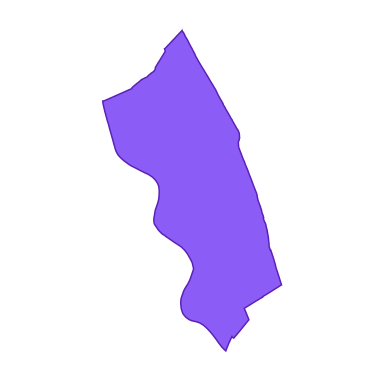 Lopik, Utrecht, Netherlands, rotated 84°
{"feature_id": "6326949B97795105718991", "entity_name": "Lopik", "entity_type": "district", "adm_level": 2, "iso_a3": "NLD", "parent_name": "Netherlands", "parent_adm1": "Utrecht", "projection": "natural_earth1", "projection_center": [4.939, 51.982], "detail": "fine", "context": "isolated", "style": "filled", "palette": "violet", "viewbox_px": 384, "rotation_deg": 84, "n_neighbors": 0, "source": "geoboundaries", "source_scale": "gbopen_adm2", "svg_char_len": 5621}
<svg xmlns="http://www.w3.org/2000/svg" viewBox="0 0 384 384"><g transform="rotate(84 192 192)"><path d="M92.2,271.3L95.0,271.2L97.9,270.9L102.5,270.3L107.6,269.5L112.7,268.7L115.2,268.1L120.7,267.3L124.6,266.6L129.9,265.7L132.7,265.2L135.6,264.8L142.7,263.5L143.4,263.3L145.5,262.5L146.8,262.0L147.1,261.8L149.1,260.5L150.7,259.2L152.2,257.9L153.8,256.4L155.2,254.9L158.2,251.6L159.4,250.1L162.6,245.1L165.5,240.8L166.2,239.6L168.0,236.9L169.1,235.0L169.7,233.9L171.1,232.1L172.5,230.4L174.1,228.9L175.9,227.5L177.8,226.3L179.9,225.3L182.4,224.6L184.8,224.4L187.4,224.5L189.9,224.8L192.5,225.2L195.0,225.7L197.5,226.5L199.1,227.1L200.0,227.5L201.9,228.4L204.7,229.7L205.6,230.2L206.9,230.6L211.9,232.0L213.9,232.6L215.9,232.9L218.0,233.0L220.0,232.7L220.7,232.4L223.9,230.7L226.2,229.5L228.2,228.0L230.3,226.3L231.3,225.3L231.9,224.1L232.6,223.5L233.0,223.2L233.9,222.2L238.5,216.8L239.0,216.2L239.6,215.5L240.0,215.1L245.1,208.8L246.6,207.4L248.1,206.2L248.6,205.8L250.2,204.7L253.5,202.8L257.9,200.9L262.3,199.2L267.2,198.6L268.1,198.5L269.3,198.7L275.8,201.7L279.3,203.4L282.9,205.7L286.0,208.2L286.2,208.3L287.8,209.5L290.1,210.9L293.8,212.6L296.6,213.9L300.1,214.7L303.5,214.9L305.6,214.9L307.0,214.9L308.7,214.5L310.4,214.2L311.5,213.9L313.2,213.1L316.1,211.0L318.4,208.5L319.9,205.9L320.7,203.6L321.5,201.2L323.0,198.0L325.6,194.6L328.6,191.8L332.5,188.8L336.2,186.3L340.3,183.8L344.8,181.3L348.9,178.8L352.2,176.3L353.6,175.0L351.5,173.9L351.3,173.9L349.5,172.9L345.3,170.7L345.2,170.5L341.7,168.5L340.0,167.4L340.3,167.3L340.8,166.9L341.3,166.3L341.7,165.7L341.3,165.3L340.8,164.8L339.8,163.8L338.9,162.8L337.2,161.1L337.0,160.8L334.7,158.5L334.3,158.1L333.2,157.0L331.9,155.7L331.2,155.0L326.6,150.4L325.5,149.2L325.3,149.0L325.1,148.9L324.9,148.8L321.3,149.8L315.4,151.5L313.4,152.1L313.1,152.1L311.5,148.7L311.1,148.0L310.7,147.0L310.6,146.9L310.3,146.2L308.8,143.2L308.2,142.0L307.4,140.3L306.9,139.3L306.7,138.8L306.1,137.4L305.6,136.5L304.9,135.0L304.6,134.2L304.4,133.8L304.3,133.5L304.2,133.5L304.2,133.4L304.0,133.0L303.9,133.0L303.7,132.7L303.8,132.6L303.6,132.3L303.4,132.3L302.8,131.4L302.5,130.6L300.1,125.6L296.9,119.2L295.4,116.0L293.7,112.8L293.7,112.7L285.3,114.4L280.0,115.5L276.8,116.2L273.6,116.8L273.5,116.6L268.6,117.5L267.4,117.7L267.0,117.8L266.5,117.9L264.9,118.2L263.3,118.6L260.9,119.1L260.0,119.3L259.5,119.4L258.0,119.8L258.2,120.1L257.2,120.4L256.7,120.5L253.9,121.0L253.5,121.0L252.8,120.9L251.4,120.8L250.6,120.8L248.1,120.9L245.6,120.8L245.0,120.8L244.8,120.8L243.8,120.9L243.5,120.9L243.4,120.9L242.4,121.0L241.9,121.1L240.6,121.1L239.6,121.2L239.6,121.3L237.9,121.2L237.7,121.3L234.6,121.8L233.2,121.9L232.8,121.9L231.1,122.2L228.6,123.1L227.9,123.3L226.8,123.6L226.4,123.6L225.5,123.8L225.4,123.6L225.2,123.4L224.8,123.4L224.7,123.5L224.2,123.6L223.8,123.6L223.5,123.6L222.8,123.8L222.5,123.9L221.8,124.0L220.5,124.4L219.1,124.7L218.7,124.7L217.6,124.7L217.3,124.8L216.8,124.9L212.9,125.7L211.5,126.1L207.6,127.1L207.0,127.2L205.4,127.4L205.1,127.4L204.6,127.5L203.1,127.6L202.9,127.6L201.3,127.7L199.7,128.0L198.7,128.3L197.3,128.7L191.5,130.3L190.5,130.5L189.4,130.8L188.0,131.2L186.8,131.5L185.9,131.7L181.6,132.9L180.1,133.3L179.6,133.4L178.5,133.7L178.2,133.8L177.1,134.0L175.5,134.5L174.3,134.8L174.1,134.9L173.4,135.1L172.2,135.5L169.3,136.3L167.8,136.6L166.3,137.1L165.5,137.4L164.5,137.7L164.3,137.7L161.6,138.5L159.0,139.1L158.5,139.3L157.7,139.5L157.1,139.7L156.9,139.7L155.2,140.2L154.0,140.4L153.1,140.7L152.6,140.8L151.7,141.0L150.7,140.8L149.9,140.8L148.6,140.8L148.1,140.7L147.8,140.8L147.5,140.7L147.0,140.6L146.8,140.5L146.5,140.4L146.3,140.2L145.7,139.9L145.3,139.7L144.8,139.5L144.4,139.5L143.5,139.1L143.3,139.0L143.0,139.0L142.4,139.0L141.9,139.0L140.9,138.9L138.7,138.9L138.1,139.0L137.4,139.1L137.2,139.2L136.1,139.5L135.6,139.7L135.3,139.9L135.1,139.9L134.6,140.3L134.3,140.4L134.0,140.5L133.8,140.7L133.4,140.8L132.7,141.2L132.3,141.3L131.3,141.7L131.0,141.9L130.8,142.0L128.0,143.2L125.8,144.1L125.7,144.2L125.6,144.3L125.4,144.4L124.7,144.5L124.2,144.7L123.7,144.9L123.0,145.5L122.9,145.5L122.0,145.8L121.7,145.9L120.7,146.3L119.2,147.0L116.6,148.1L112.6,150.0L112.3,150.0L110.9,150.6L109.6,151.2L108.6,151.7L108.2,151.8L107.4,152.1L107.0,152.2L106.9,152.2L106.7,152.3L106.7,152.2L106.5,152.3L105.5,152.7L103.1,153.8L100.8,154.8L98.4,155.8L96.8,156.4L93.5,157.5L93.0,157.7L91.1,158.6L90.4,158.9L88.5,159.8L86.5,160.7L85.7,161.1L84.7,161.6L83.9,162.0L83.0,162.4L82.0,162.8L79.4,164.0L74.5,166.3L70.7,168.1L69.3,168.8L68.4,169.2L66.7,170.0L62.3,172.0L61.2,172.5L60.4,172.8L60.0,173.0L59.4,173.2L59.0,173.4L58.7,173.5L57.5,174.1L57.1,174.2L56.2,174.5L55.3,174.7L55.2,174.7L54.4,175.1L53.2,175.5L52.3,175.9L51.1,176.4L50.6,176.6L48.6,177.3L47.6,177.8L44.7,179.0L40.1,180.7L39.2,181.1L36.4,182.5L36.0,182.7L35.7,182.6L34.1,183.2L32.4,183.9L32.2,183.9L32.1,184.1L31.9,184.4L31.9,184.5L31.1,184.7L30.9,184.8L30.5,185.1L30.4,185.1L30.5,185.2L32.1,187.1L32.7,187.8L34.5,189.9L35.5,191.1L36.7,192.4L38.2,194.1L38.8,194.9L43.0,199.7L43.7,200.6L45.9,203.1L46.1,203.4L46.3,203.7L46.5,203.9L46.6,204.0L46.7,204.4L49.0,203.9L49.3,204.0L49.5,204.1L50.1,204.5L51.4,205.5L58.3,210.8L60.1,212.3L61.1,213.0L62.3,213.9L63.5,214.8L64.0,215.2L64.3,215.4L64.8,215.5L66.2,215.8L66.3,215.8L66.8,216.2L67.8,217.2L68.2,217.4L68.2,217.7L68.4,218.0L69.5,220.1L70.6,221.7L71.4,223.0L71.9,223.6L72.8,224.4L73.8,227.3L75.1,230.8L75.3,230.8L77.9,234.7L78.0,235.0L81.8,240.6L82.3,240.9L82.8,241.1L83.1,241.8L83.2,242.1L83.7,243.6L83.8,244.1L84.6,246.4L85.0,247.8L85.2,248.3L90.0,263.1L91.9,269.0L92.1,269.5L92.2,271.3Z" fill="#8b5cf6" stroke="#5b21b6" stroke-width="1.5"/></g></svg>